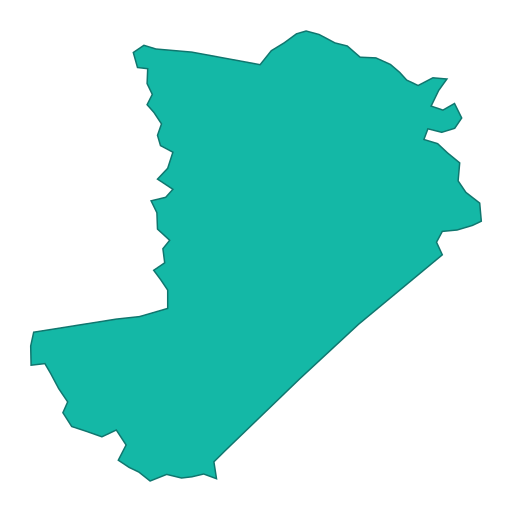 the district of Arroio Trinta, Santa Catarina, Brazil
{"feature_id": "56859067B75493701327635", "entity_name": "Arroio Trinta", "entity_type": "district", "adm_level": 2, "iso_a3": "BRA", "parent_name": "Brazil", "parent_adm1": "Santa Catarina", "projection": "robinson", "projection_center": [-51.339, -26.925], "detail": "fine", "context": "isolated", "style": "filled", "palette": "teal", "viewbox_px": 512, "rotation_deg": 0, "n_neighbors": 0, "source": "geoboundaries", "source_scale": "gbopen_adm2", "svg_char_len": 1224}
<svg xmlns="http://www.w3.org/2000/svg" viewBox="0 0 512 512"><path d="M432.9,77.8L418.1,85.5L406.7,80.1L399.7,72.4L390.5,64.5L375.9,57.9L360.1,57.2L347.3,46.0L334.9,42.9L319.1,34.5L306.1,31.0L296.5,33.8L284.1,42.9L271.3,50.7L260.1,64.7L191.7,52.1L155.9,49.0L143.9,45.3L133.3,52.5L137.5,67.5L147.7,68.7L147.1,83.6L152.3,94.4L147.1,104.7L153.9,112.4L161.5,123.9L157.5,135.3L160.5,145.6L172.9,152.2L167.7,168.3L157.5,179.1L172.9,189.3L165.7,197.3L151.1,200.8L156.9,212.7L157.5,229.1L169.7,240.3L162.9,248.7L164.7,262.8L153.7,270.3L160.5,279.4L167.7,290.1L167.7,308.4L139.5,316.6L116.3,319.1L33.7,332.2L30.7,346.0L31.1,365.2L44.9,363.6L50.5,373.2L58.7,388.6L67.7,401.9L62.9,412.7L71.7,426.5L84.5,430.7L101.9,436.8L116.3,430.0L126.1,445.0L118.3,460.2L129.1,467.4L138.9,472.1L150.1,481.0L166.7,474.4L181.5,478.0L191.9,476.8L203.7,474.0L216.5,478.7L213.9,461.8L224.7,451.1L299.5,379.0L358.5,324.3L442.3,254.8L436.5,242.2L442.3,231.4L457.1,230.0L472.5,225.4L481.3,221.2L479.7,203.1L465.9,192.4L458.1,180.9L459.7,162.9L447.5,152.9L437.7,143.7L423.9,139.5L427.9,128.8L441.7,132.3L454.7,128.3L461.7,118.0L454.5,103.5L442.9,110.1L431.1,106.1L438.7,90.4L446.9,79.0L432.9,77.8Z" fill="#14b8a6" stroke="#0f766e" stroke-width="1.5"/></svg>